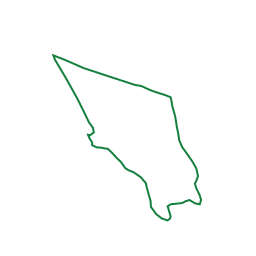 the district of Norsjö, Västerbotten, Sweden, rotated 38°
{"feature_id": "70781695B82980713589977", "entity_name": "Norsjö", "entity_type": "district", "adm_level": 2, "iso_a3": "SWE", "parent_name": "Sweden", "parent_adm1": "Västerbotten", "projection": "robinson", "projection_center": [19.643, 64.943], "detail": "fine", "context": "isolated", "style": "outline", "palette": "green", "viewbox_px": 256, "rotation_deg": 38, "n_neighbors": 0, "source": "geoboundaries", "source_scale": "gbopen_adm2", "svg_char_len": 983}
<svg xmlns="http://www.w3.org/2000/svg" viewBox="0 0 256 256"><g transform="rotate(38 128 128)"><path d="M112.7,86.7L106.4,90.0L81.5,99.0L56.5,108.0L36.7,113.1L24.5,116.7L28.1,119.0L48.8,127.1L69.7,135.9L83.7,142.6L93.8,147.6L100.2,149.4L103.8,152.5L102.6,157.0L100.7,158.0L104.4,160.0L108.7,161.5L110.2,163.6L115.4,162.5L118.1,160.5L121.8,158.6L125.1,156.8L131.5,157.5L137.6,158.6L143.4,159.1L150.4,161.3L154.1,161.0L159.9,159.4L168.4,158.9L176.0,160.5L179.1,163.1L185.2,167.6L190.7,171.6L194.7,176.1L203.5,178.5L210.2,178.5L216.0,176.5L216.9,173.7L216.0,171.4L211.4,168.1L207.4,165.2L209.0,161.3L211.7,158.9L216.9,153.7L218.7,149.9L220.8,146.9L227.2,146.1L231.5,144.0L229.9,139.7L225.6,136.7L219.2,133.6L215.0,130.7L214.3,127.4L212.8,122.8L206.7,117.8L199.7,114.9L191.8,112.4L182.4,109.7L176.0,106.2L170.8,101.3L166.2,97.4L158.9,90.6L155.0,87.5L149.8,83.8L145.9,80.2L142.6,77.5L137.3,79.1L125.9,83.3L120.9,84.8L112.7,86.7Z" fill="none" stroke="#15803d" stroke-width="2"/></g></svg>